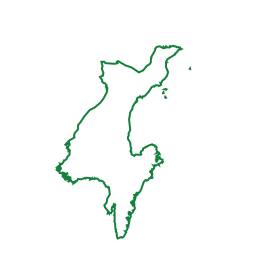 outline of Leyte, Leyte, Philippines, rotated 216°
{"feature_id": "2640588B34650846802583", "entity_name": "Leyte", "entity_type": "district", "adm_level": 2, "iso_a3": "PHL", "parent_name": "Philippines", "parent_adm1": "Leyte", "projection": "mercator", "projection_center": [124.645, 10.874], "detail": "fine", "context": "isolated", "style": "outline", "palette": "green", "viewbox_px": 256, "rotation_deg": 216, "n_neighbors": 0, "source": "geoboundaries", "source_scale": "gbopen_adm2", "svg_char_len": 5685}
<svg xmlns="http://www.w3.org/2000/svg" viewBox="0 0 256 256"><g transform="rotate(216 128 128)"><path d="M188.4,166.0L184.8,162.9L184.3,160.9L180.0,157.8L179.8,156.5L179.0,155.8L180.7,152.8L177.0,151.6L176.3,150.4L174.4,150.0L173.0,150.7L170.3,149.9L170.2,148.3L169.4,148.2L169.0,148.5L168.5,148.5L168.4,148.3L168.3,148.2L168.0,147.6L167.9,146.8L166.9,146.1L166.1,144.1L165.1,137.2L165.3,132.0L167.0,124.9L169.5,120.2L170.2,111.5L169.8,104.4L170.1,101.9L169.8,100.6L167.7,97.7L168.1,92.2L167.0,90.0L165.7,88.8L168.2,83.5L168.9,77.7L167.7,77.8L167.6,78.0L167.7,77.9L168.1,78.0L167.3,80.3L168.1,81.6L167.4,81.9L165.4,80.1L165.5,77.7L166.1,76.7L165.8,75.8L164.9,75.8L164.6,76.6L162.9,74.6L162.7,75.8L161.9,75.7L159.6,71.9L160.1,68.9L159.5,66.9L160.0,64.8L160.8,64.1L160.2,62.8L160.4,59.7L162.0,59.2L161.1,58.7L161.1,58.2L160.4,58.2L160.7,58.1L161.0,58.0L160.7,57.5L161.5,57.7L162.0,55.4L161.2,56.1L160.4,56.5L158.8,56.1L158.1,55.2L158.6,53.2L156.8,51.4L154.9,52.3L154.9,53.5L153.1,54.1L152.6,52.5L151.5,52.2L151.0,53.8L151.4,53.5L152.0,53.7L150.6,54.7L150.8,55.6L151.4,55.8L151.0,55.8L150.3,55.2L150.7,53.4L149.7,52.5L149.9,51.4L149.6,51.0L149.7,50.5L148.5,49.4L147.4,50.4L147.9,51.9L147.7,53.0L148.5,54.2L147.0,53.1L146.1,54.0L145.0,53.3L145.3,52.8L146.6,53.1L146.6,52.2L146.0,51.6L144.5,51.6L144.5,52.7L143.0,50.7L143.7,51.7L143.4,52.1L141.4,51.4L140.7,52.0L139.6,50.8L139.2,52.1L139.8,52.8L138.7,53.4L139.1,54.2L138.2,55.3L138.5,57.4L135.7,58.9L133.8,61.9L132.8,62.0L132.7,63.1L129.5,65.1L128.6,64.9L128.9,64.5L128.5,64.2L128.2,65.0L128.1,64.4L127.0,66.1L125.5,66.9L125.5,67.5L125.0,67.2L124.2,68.5L121.9,69.1L120.2,68.5L118.9,69.6L116.8,70.0L115.2,69.8L114.8,69.1L112.3,68.3L111.5,67.5L109.7,68.7L108.9,68.5L108.6,68.1L108.3,68.5L103.7,63.7L103.3,58.8L101.4,54.9L101.8,51.7L99.7,50.2L95.0,49.0L93.9,47.8L94.5,47.5L94.2,46.8L93.5,47.7L93.6,48.4L92.9,48.0L93.1,48.7L91.7,49.0L92.0,51.6L93.5,52.6L94.2,54.2L93.7,55.0L94.3,55.5L94.0,56.3L94.5,57.7L93.9,57.5L93.6,58.6L93.3,58.6L92.3,56.0L91.0,54.9L90.8,53.4L88.2,50.7L88.2,49.4L87.4,49.3L86.6,48.3L84.6,45.6L84.4,44.6L82.5,43.4L78.6,38.7L77.7,38.6L77.0,37.0L76.0,36.9L73.2,33.7L71.4,32.6L69.4,35.8L68.4,35.7L67.6,37.3L68.1,42.4L69.6,42.8L68.8,43.4L69.4,46.7L71.0,47.8L70.1,48.4L71.5,48.9L70.5,49.8L71.3,51.8L72.2,52.2L72.0,53.4L73.1,54.1L74.2,53.6L74.4,54.4L75.9,54.1L76.3,54.5L75.4,55.1L75.7,55.4L75.2,56.0L73.2,55.8L73.7,58.1L74.6,59.0L76.5,58.5L77.9,60.1L77.8,60.8L77.1,61.0L75.2,60.4L74.5,63.2L74.9,64.1L75.6,64.2L74.9,65.6L75.3,67.2L77.6,69.1L78.3,68.1L79.4,68.6L79.1,69.7L78.2,70.2L78.7,70.8L79.5,70.7L80.6,69.1L81.8,69.4L81.9,70.6L80.8,71.2L81.1,72.4L79.9,72.7L80.6,74.9L81.2,74.4L81.9,74.9L81.0,75.4L81.5,77.1L82.2,76.5L83.6,77.5L82.5,78.5L82.7,79.5L81.9,79.0L81.2,79.4L81.3,80.8L82.0,81.4L80.9,82.6L81.2,85.6L83.5,93.5L83.4,95.5L83.0,96.5L81.7,96.5L81.1,98.0L81.3,99.8L79.0,101.9L79.4,102.5L80.7,102.5L80.8,104.4L82.4,105.1L82.8,106.3L83.4,106.4L83.2,105.8L83.5,105.1L83.6,106.1L84.0,106.1L83.6,105.5L84.2,105.5L84.1,106.3L83.6,106.5L84.0,106.5L84.2,106.1L84.4,106.4L84.0,106.8L83.1,106.8L83.9,107.5L83.3,108.8L83.6,109.1L83.9,108.8L84.2,108.7L84.3,108.9L83.5,109.3L83.2,110.6L83.9,112.2L85.1,112.6L84.4,112.8L84.4,113.7L83.6,113.7L82.4,116.2L81.6,116.2L82.2,116.6L82.0,117.2L81.6,117.3L80.5,120.6L79.8,120.4L79.8,121.3L80.8,121.5L81.5,122.7L84.1,121.9L85.1,122.9L85.5,120.8L84.9,117.7L85.4,117.5L86.3,118.4L86.0,119.3L86.9,119.4L86.2,120.8L87.6,121.0L87.5,121.5L87.9,121.2L88.5,121.9L87.8,124.3L86.9,125.4L87.4,125.8L89.0,126.3L90.2,124.6L90.1,125.8L92.6,127.3L93.1,128.9L93.8,129.3L95.1,129.5L95.4,129.0L96.1,129.7L98.1,128.8L98.9,129.0L101.2,125.6L101.8,123.7L102.7,123.2L102.7,122.0L103.7,120.4L102.9,118.7L103.6,117.4L103.5,115.6L101.9,114.7L101.9,113.8L106.2,111.0L106.4,109.2L109.7,108.8L111.2,110.6L111.4,110.2L112.3,110.6L113.4,113.6L114.7,114.1L117.6,117.5L121.7,119.2L122.7,120.7L123.0,122.4L124.3,123.9L125.1,127.8L132.2,135.6L135.3,141.9L135.7,144.1L135.4,145.3L136.8,148.3L137.1,151.5L136.5,154.1L137.1,153.9L136.9,155.9L137.5,155.9L138.1,157.6L137.6,159.0L136.6,159.7L136.8,160.7L134.2,160.7L134.7,162.2L133.6,163.0L133.2,164.3L132.5,169.7L132.9,174.8L131.9,176.8L131.1,176.9L130.8,178.8L128.7,180.2L127.8,180.0L126.7,181.9L126.9,182.8L128.2,183.5L127.6,183.8L128.0,186.7L127.2,189.2L127.1,192.8L128.4,196.9L129.8,197.6L129.5,198.0L129.9,197.8L132.8,199.4L135.8,203.4L135.4,203.8L135.9,203.8L136.3,204.9L136.4,207.2L133.1,215.4L133.6,216.0L132.9,218.8L133.2,220.1L132.2,222.5L131.5,222.6L131.2,223.2L132.5,222.8L132.9,223.4L133.2,222.8L134.6,223.2L136.0,222.0L137.2,222.1L138.7,221.2L139.5,221.3L140.9,219.4L142.1,218.9L141.6,218.2L142.0,217.3L143.8,216.3L145.1,216.5L145.0,215.7L146.0,214.5L145.3,214.4L145.8,213.8L146.6,213.2L147.1,213.9L147.2,213.2L150.4,212.7L152.4,210.5L152.6,208.0L151.7,206.9L150.9,198.9L150.3,198.6L150.1,197.4L148.1,194.5L148.0,192.5L149.3,189.1L149.6,183.5L151.9,179.4L160.6,179.1L166.7,177.2L175.3,176.3L175.9,175.1L174.6,174.2L176.4,172.2L184.3,167.2L186.0,167.7L188.4,166.0ZM159.4,52.2L158.2,52.7L158.8,53.5L158.3,55.1L159.0,56.1L160.6,56.3L162.0,54.9L161.4,54.0L160.7,54.4L161.2,53.5L159.9,53.1L159.4,52.2ZM121.0,180.9L119.6,181.4L119.6,181.9L120.4,181.7L121.0,180.9ZM150.2,50.1L149.2,49.9L149.7,50.4L150.0,51.2L150.2,50.1ZM115.4,174.4L115.1,174.8L116.2,175.1L116.0,174.6L115.4,174.4ZM160.6,52.2L160.5,52.9L161.1,52.8L161.2,52.3L160.6,52.2ZM153.0,51.3L152.2,50.3L152.0,50.5L152.3,51.4L153.0,51.3ZM168.4,147.4L168.0,147.7L169.0,148.5L168.6,148.0L168.4,147.4ZM144.8,49.8L144.4,49.9L144.2,50.4L145.0,50.6L144.8,49.8ZM120.1,176.8L119.7,177.2L120.3,177.7L120.3,177.2L120.1,176.8ZM112.7,212.6L112.7,212.2L112.4,212.3L112.7,212.6Z" fill="none" stroke="#15803d" stroke-width="2"/></g></svg>